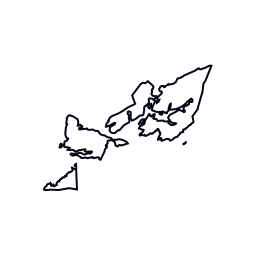 Hoonah-Angoon, Alaska, United States of America (Equal Earth projection), rotated 128°
{"feature_id": "52423323B82121365400499", "entity_name": "Hoonah-Angoon", "entity_type": "district", "adm_level": 2, "iso_a3": "USA", "parent_name": "United States of America", "parent_adm1": "Alaska", "projection": "equal_earth", "projection_center": [-135.122, 58.217], "detail": "fine", "context": "isolated", "style": "outline", "palette": "ink", "viewbox_px": 256, "rotation_deg": 128, "n_neighbors": 0, "source": "geoboundaries", "source_scale": "gbopen_adm2", "svg_char_len": 5926}
<svg xmlns="http://www.w3.org/2000/svg" viewBox="0 0 256 256"><g transform="rotate(128 128 128)"><path d="M82.7,80.2L79.2,84.4L70.0,84.7L68.6,85.6L53.4,91.7L46.5,95.9L43.3,96.0L27.7,100.5L27.7,101.1L29.2,102.4L33.2,104.3L37.2,107.0L37.6,107.8L37.4,108.9L37.7,109.2L39.2,109.9L40.1,109.9L41.6,110.5L51.8,116.0L53.9,116.6L56.2,117.7L58.7,119.4L62.3,118.6L65.0,119.4L68.6,122.3L68.3,122.9L71.0,124.0L73.1,124.2L73.6,124.8L73.0,125.6L74.1,127.3L75.8,127.8L78.1,127.5L79.2,126.1L79.2,125.0L78.6,123.8L79.2,123.1L80.1,122.8L86.5,123.7L87.2,122.3L87.1,121.6L86.3,120.7L88.0,120.1L90.4,120.7L89.5,121.6L89.2,122.3L89.5,122.8L90.3,123.0L96.5,121.7L99.2,119.9L98.0,115.9L97.0,114.5L97.0,113.8L95.8,113.0L95.4,112.0L93.5,110.8L92.7,106.7L92.2,106.5L91.6,107.1L88.9,106.7L88.4,107.1L87.9,107.9L86.4,108.6L83.5,109.6L82.6,109.2L83.9,108.2L86.8,106.9L87.5,106.1L87.4,105.7L83.4,101.7L78.9,99.1L72.9,97.4L72.0,97.7L66.0,96.3L65.8,95.6L66.5,94.6L66.4,94.2L67.9,93.5L68.7,94.4L68.6,94.9L69.3,95.5L70.7,95.3L71.5,94.7L73.7,95.3L75.5,96.6L77.2,96.8L78.9,95.9L79.3,95.0L79.4,93.8L80.5,93.3L81.2,93.9L81.1,95.1L82.3,99.1L85.9,100.3L91.6,103.0L92.8,103.1L95.2,102.8L96.9,98.0L96.3,95.2L95.3,94.2L94.8,93.0L95.5,92.9L96.4,93.3L98.7,95.1L99.1,95.7L99.2,99.2L97.5,100.2L99.2,101.7L100.5,103.4L100.4,104.8L104.2,109.1L103.5,111.2L104.1,112.6L104.8,112.9L104.9,113.9L102.9,114.7L102.0,114.7L100.8,115.4L100.9,115.8L101.3,116.1L103.1,116.7L104.0,116.1L104.7,116.8L104.7,118.3L103.8,119.5L103.9,119.9L111.1,119.2L114.8,117.7L117.6,118.7L119.2,119.7L121.0,119.3L121.7,119.0L120.9,117.5L120.8,115.8L120.0,115.1L119.9,114.5L120.8,114.1L122.3,113.9L125.3,114.9L126.1,114.7L126.6,114.2L126.1,113.5L125.0,112.9L124.3,111.3L123.2,110.8L123.2,110.2L123.6,109.9L123.3,109.1L120.1,107.5L118.7,107.3L118.2,106.9L118.0,105.6L116.4,105.0L115.5,105.0L114.7,104.5L113.1,104.6L112.4,103.9L111.1,104.2L110.5,104.1L110.2,103.3L111.1,102.4L111.1,101.4L111.8,100.9L111.9,99.7L112.8,99.2L113.0,98.7L115.6,98.4L118.2,97.5L118.7,97.1L117.9,96.4L116.5,96.4L115.8,96.0L115.7,95.3L117.3,94.2L117.3,93.5L112.5,90.6L111.5,88.6L112.1,87.2L112.0,86.9L109.2,85.5L107.4,85.5L105.5,84.5L105.0,83.9L100.9,83.5L99.4,83.8L98.7,82.9L97.8,82.9L97.3,82.6L97.1,82.2L96.1,83.2L95.1,83.4L94.0,82.5L94.0,82.2L92.1,82.2L91.3,81.7L87.9,81.4L87.1,80.6L85.8,80.9L83.8,80.0L82.7,80.2ZM149.4,127.1L148.9,124.8L147.0,124.5L146.1,123.6L146.0,122.6L140.3,118.6L139.8,120.5L140.6,124.5L141.9,127.5L143.0,128.9L144.0,129.3L146.8,132.9L146.8,133.6L146.4,134.7L147.1,137.1L147.8,138.3L148.3,142.0L149.0,143.0L149.8,145.2L149.7,147.5L149.0,148.6L148.9,150.2L150.1,151.4L151.1,155.1L153.5,157.5L154.1,158.9L153.6,159.8L159.1,165.4L158.6,166.3L158.3,166.4L156.7,165.5L156.7,164.8L155.6,164.7L154.8,165.1L155.0,167.8L156.1,168.0L157.1,169.0L155.1,170.0L153.8,171.0L152.2,173.2L152.7,178.6L154.0,182.1L155.3,182.6L157.9,182.3L158.5,182.0L158.6,181.6L162.2,179.6L162.8,179.0L162.5,178.3L165.8,177.3L171.0,174.0L172.7,172.1L173.8,169.8L173.1,168.7L173.3,168.5L175.6,168.4L177.5,169.6L178.1,169.5L182.0,166.8L181.8,165.9L179.7,162.4L179.6,161.8L182.3,162.1L181.2,160.2L179.8,159.0L179.0,157.6L179.2,155.1L177.0,153.5L176.0,153.2L171.9,149.4L171.2,148.4L172.9,147.6L172.7,146.7L168.8,142.1L169.0,141.7L169.9,141.5L171.6,142.1L172.1,143.3L172.9,144.2L175.5,145.7L176.2,147.1L176.3,148.4L176.9,150.3L177.9,151.4L180.1,152.9L182.0,154.7L182.1,155.6L182.9,156.9L183.8,157.3L184.0,157.1L184.2,156.6L184.1,155.4L183.6,154.2L183.0,154.0L180.7,151.8L180.1,147.5L180.3,146.2L179.2,144.8L178.1,144.0L176.8,142.2L176.7,141.3L172.8,138.1L173.3,137.5L172.9,136.5L169.4,133.5L169.3,132.4L170.3,131.3L169.9,130.1L160.7,132.1L160.4,132.5L158.7,133.0L156.2,132.8L155.1,133.7L155.7,134.4L154.7,134.9L152.7,134.6L151.0,136.0L150.1,135.9L149.1,134.7L146.8,132.9L147.4,131.7L147.3,129.7L149.4,127.1ZM134.5,148.0L134.3,147.6L135.3,147.2L136.0,147.7L137.8,147.5L140.6,146.3L140.4,145.8L136.1,143.4L133.1,142.3L132.4,141.9L132.0,141.1L133.3,140.8L138.5,142.7L141.4,140.9L142.0,138.3L141.1,136.4L140.5,135.7L139.5,135.1L136.0,134.5L135.4,133.6L134.5,133.3L128.2,132.9L123.0,130.7L121.5,131.2L119.8,133.4L118.0,134.6L117.2,135.4L117.2,136.7L116.5,137.5L115.0,138.1L114.4,137.6L113.9,135.7L116.4,133.6L118.1,132.7L119.8,129.6L118.8,128.8L116.3,127.6L110.8,126.3L109.0,124.2L107.4,124.4L104.0,126.2L101.6,128.1L99.5,127.9L99.4,127.3L95.5,127.1L94.6,127.3L93.1,129.1L91.6,129.5L90.0,127.1L90.0,125.0L85.6,124.9L85.4,125.1L86.6,126.7L87.3,128.5L86.8,130.5L84.8,131.3L82.9,132.9L81.7,132.5L80.2,133.1L79.6,133.8L79.4,134.4L78.9,141.1L79.4,141.4L80.3,141.3L82.2,142.1L82.6,143.3L83.2,144.1L85.7,145.1L99.7,144.8L101.4,142.4L104.4,137.3L105.3,137.5L111.5,140.6L118.5,142.9L122.4,144.5L128.2,147.8L130.4,148.5L131.9,148.5L134.5,148.0ZM228.3,156.1L227.9,154.9L224.1,150.9L219.7,144.6L211.7,137.4L207.8,130.4L192.0,143.8L193.0,143.8L193.6,147.1L193.5,147.6L193.7,147.8L195.0,146.0L196.1,145.5L198.6,146.4L199.0,147.3L199.7,147.2L201.4,147.8L202.5,147.7L204.0,146.8L204.3,147.1L204.1,147.8L204.2,148.1L206.3,148.0L206.7,148.7L207.5,148.8L207.6,149.2L209.6,149.2L210.1,149.8L210.7,149.9L212.3,149.3L212.8,150.1L214.6,150.4L215.8,150.1L216.6,149.1L217.8,149.8L219.4,150.2L219.5,150.8L219.1,151.0L218.7,151.8L219.7,151.9L220.8,152.7L220.6,153.3L219.4,154.0L219.5,154.5L219.1,155.4L220.4,155.6L221.6,156.7L222.4,156.9L223.6,156.6L225.5,156.9L228.0,156.6L228.3,156.1ZM111.1,120.6L112.3,122.0L114.0,122.5L118.0,122.2L118.2,121.9L115.8,120.2L114.7,119.9L113.3,119.9L111.1,120.6ZM96.3,123.4L94.8,124.6L96.0,125.4L97.2,125.6L99.4,124.8L99.5,123.1L99.3,122.7L98.9,122.7L96.3,123.4ZM181.4,169.7L181.7,171.2L183.0,171.1L185.4,170.0L185.1,169.2L183.5,168.7L182.5,168.9L181.4,169.7ZM95.0,110.1L97.2,111.8L97.5,111.5L97.1,110.1L96.2,109.5L95.3,109.6L95.0,110.1ZM188.3,146.8L189.0,147.2L190.4,147.0L190.6,146.6L190.3,146.0L190.6,144.9L188.3,146.8ZM103.8,73.7L106.5,74.5L106.6,74.2L106.0,73.8L104.1,73.4L103.8,73.7Z" fill="none" stroke="#020617" stroke-width="2"/></g></svg>